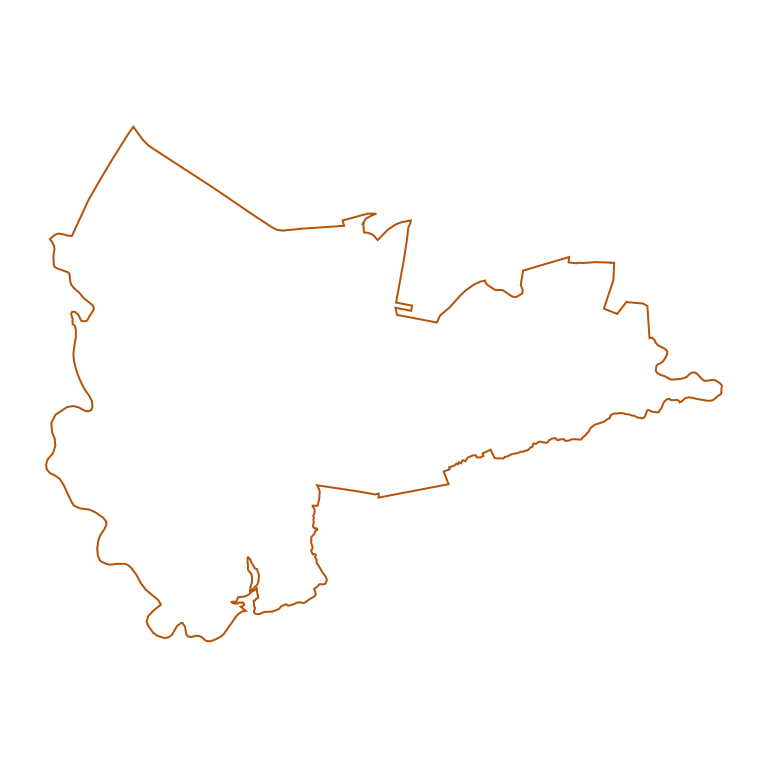 outline of Canterbury-Bankstown, New South Wales, Australia
{"feature_id": "25037944B74578967995842", "entity_name": "Canterbury-Bankstown", "entity_type": "district", "adm_level": 2, "iso_a3": "AUS", "parent_name": "Australia", "parent_adm1": "New South Wales", "projection": "orthographic", "projection_center": [151.073, -33.924], "detail": "fine", "context": "isolated", "style": "outline", "palette": "amber", "viewbox_px": 768, "rotation_deg": 0, "n_neighbors": 0, "source": "geoboundaries", "source_scale": "gbopen_adm2", "svg_char_len": 6043}
<svg xmlns="http://www.w3.org/2000/svg" viewBox="0 0 768 768"><path d="M720.8,394.2L721.3,392.8L721.4,388.8L721.9,386.6L721.8,385.2L719.8,383.1L716.0,380.6L714.0,379.8L705.4,380.9L704.1,380.6L701.9,379.0L697.6,374.4L695.5,372.7L692.9,372.4L690.2,373.5L687.0,376.6L684.4,377.9L680.5,378.9L673.3,379.5L671.1,379.5L669.4,378.8L665.0,376.3L660.6,374.9L657.1,373.0L656.3,371.8L655.7,370.2L656.4,365.9L657.4,364.7L661.7,362.5L663.4,360.9L666.7,355.4L667.2,354.1L667.2,351.4L666.5,350.3L664.1,348.4L657.8,345.2L655.7,342.7L654.3,339.8L651.9,337.6L649.5,338.1L647.4,306.1L643.1,303.5L627.3,302.2L626.6,301.7L617.2,313.9L603.9,308.7L613.4,280.1L614.2,262.8L612.2,262.7L610.5,263.1L610.4,262.6L595.2,262.1L583.9,263.0L577.3,262.8L576.7,263.3L571.0,262.7L568.6,262.4L569.1,257.0L523.1,270.6L520.7,285.2L522.7,289.6L522.3,293.5L517.1,296.6L515.2,297.1L512.1,296.5L503.1,290.4L501.0,289.9L495.8,290.1L494.1,289.3L486.7,284.4L485.5,282.3L485.1,280.6L480.5,281.6L474.2,284.4L465.4,290.6L461.1,294.7L449.2,307.8L440.6,315.0L439.7,316.3L436.9,322.5L397.0,314.9L395.5,307.8L411.2,310.8L412.2,305.6L396.1,302.6L403.5,261.8L407.1,238.8L408.2,228.4L408.9,226.1L410.3,223.5L410.8,220.4L401.6,222.2L396.6,224.0L394.3,225.3L387.8,229.7L377.6,240.1L373.8,235.7L371.8,234.3L368.0,232.8L364.0,232.4L363.4,225.2L363.6,223.6L362.7,223.7L365.5,219.2L366.5,218.2L372.3,215.2L376.5,213.7L367.4,213.7L342.6,220.5L344.1,225.8L302.1,228.7L282.9,230.6L277.5,229.9L274.7,228.8L271.1,226.7L248.8,212.0L214.2,188.4L151.3,147.5L148.1,145.2L142.8,139.8L133.3,126.8L127.3,135.4L111.4,160.8L99.6,180.6L88.6,199.8L71.9,236.0L68.1,235.7L63.7,234.4L58.5,233.6L56.7,234.0L54.7,234.9L49.9,239.1L52.2,242.1L54.2,246.5L54.5,248.7L53.4,256.4L53.8,264.6L54.3,266.3L55.3,267.4L57.1,268.4L67.7,272.2L69.1,273.2L69.6,275.3L70.3,281.5L71.0,284.0L72.2,285.9L74.1,288.2L79.3,292.7L84.0,298.4L91.3,304.1L93.3,306.2L93.9,308.8L92.7,311.2L89.1,316.8L87.8,319.5L86.5,320.9L83.9,321.4L81.2,320.6L78.3,314.9L75.1,311.9L73.2,311.7L71.8,312.2L71.2,314.1L72.7,319.3L72.5,321.1L72.7,324.2L74.7,325.6L75.3,327.3L75.9,330.3L75.8,337.8L74.9,342.3L73.4,353.6L74.0,361.1L76.2,370.1L79.1,378.0L81.8,383.9L85.1,390.1L88.8,395.1L91.9,401.0L92.5,407.0L91.1,410.2L87.6,411.4L84.7,410.7L78.9,407.5L73.2,406.0L67.2,407.0L55.5,414.7L51.4,422.9L52.0,432.1L54.7,438.5L55.3,445.9L52.9,453.4L47.7,459.3L46.1,464.5L46.7,469.2L50.0,473.2L55.6,475.9L59.7,478.9L63.4,484.6L71.8,502.4L73.9,505.6L80.1,508.4L89.5,509.6L95.5,512.4L103.3,517.9L106.1,521.3L106.4,524.8L104.2,529.4L100.1,535.6L98.3,540.6L97.2,549.1L97.9,555.7L100.2,560.9L104.7,563.3L109.5,564.7L117.0,563.9L125.0,563.8L127.8,565.0L130.8,567.4L136.2,574.4L140.8,583.1L146.0,589.9L158.3,600.1L160.9,604.8L154.2,609.9L148.0,616.4L146.5,621.7L148.7,626.6L153.4,633.0L157.3,635.7L164.6,638.2L168.6,637.2L170.3,636.2L172.2,634.4L176.8,626.4L180.9,623.1L182.6,623.0L185.0,626.8L186.2,633.7L187.0,635.4L188.7,636.7L191.2,637.0L196.5,635.7L199.3,636.0L201.9,637.3L205.8,640.7L208.2,641.2L210.7,641.2L215.5,639.4L220.0,637.1L223.5,634.4L236.6,615.8L239.0,613.5L242.0,611.6L245.8,610.8L240.7,606.8L242.6,606.1L244.1,605.0L244.2,604.3L243.2,602.6L242.6,602.4L241.8,602.9L240.0,602.4L236.9,603.6L235.5,603.7L232.8,603.1L231.6,602.1L233.0,601.6L235.9,601.8L236.4,601.5L237.0,600.3L237.9,597.3L245.2,596.4L248.8,594.5L251.8,591.8L251.4,590.7L250.0,591.1L250.0,590.7L250.5,587.2L251.9,582.6L252.1,576.8L251.3,573.8L248.3,570.4L247.9,569.3L248.0,565.4L247.5,561.9L247.7,559.6L247.5,558.4L247.7,557.6L248.1,557.2L250.2,559.3L251.8,563.2L254.7,568.0L255.5,568.7L257.2,569.2L257.5,571.4L258.6,573.6L259.0,575.3L258.6,580.7L257.6,584.0L256.8,585.3L255.1,586.6L252.2,589.7L252.4,590.6L253.1,590.9L253.8,590.6L255.1,589.9L257.1,587.6L256.8,588.9L257.1,591.9L257.3,593.5L258.0,595.0L257.8,596.3L258.2,597.5L257.7,598.2L256.1,598.8L254.9,600.6L253.9,600.5L253.6,601.1L254.1,605.9L255.1,608.2L254.0,611.0L253.9,612.2L255.0,613.6L257.7,614.3L260.2,613.8L264.4,611.9L272.5,611.6L278.9,609.0L281.4,606.2L286.1,604.2L288.2,605.7L288.9,605.7L293.3,604.4L297.1,602.6L299.7,602.3L303.0,603.0L304.7,602.7L310.6,598.5L314.4,596.5L315.0,595.8L315.8,593.9L314.2,588.9L316.9,587.0L319.1,584.5L320.4,584.2L323.6,584.4L325.4,583.7L326.7,580.5L326.8,579.5L325.7,576.5L323.2,573.5L317.9,564.6L316.5,562.7L316.7,560.1L315.0,557.0L315.9,555.7L315.5,554.4L314.6,554.1L312.9,554.5L311.1,550.9L312.4,548.7L312.5,546.9L311.2,542.9L311.4,537.0L314.2,534.1L315.7,530.4L317.3,529.8L317.0,528.5L314.8,528.3L313.3,527.2L313.1,525.4L313.8,521.7L313.4,519.8L313.8,518.0L313.3,515.8L314.4,513.2L314.7,510.9L314.7,510.0L313.8,508.0L312.6,506.2L312.6,505.7L317.6,505.8L319.3,498.5L319.7,491.9L319.1,489.1L317.0,485.3L355.1,490.9L375.4,494.5L378.6,493.5L378.8,495.4L378.5,497.6L448.6,484.2L443.7,471.5L449.7,469.3L449.1,467.5L454.8,465.3L456.5,463.5L458.0,464.3L459.1,462.3L461.0,463.3L462.6,460.4L463.2,460.2L465.2,461.3L467.6,457.7L473.2,455.3L475.9,455.4L476.8,457.3L480.2,457.5L483.5,455.9L482.4,453.6L490.6,449.7L494.5,457.9L496.5,458.3L502.9,458.5L504.5,457.6L504.7,456.9L507.2,456.5L511.5,454.3L517.5,453.1L521.4,451.6L523.1,451.7L525.5,450.6L526.8,450.6L529.1,449.2L530.1,447.7L532.5,446.7L533.1,444.0L533.6,443.4L536.0,443.9L538.7,441.9L540.1,441.5L542.2,442.3L546.7,442.8L547.8,442.1L549.0,440.3L552.5,438.4L555.5,438.2L556.1,438.6L556.5,439.7L558.1,440.3L559.9,439.4L564.2,439.2L564.7,440.6L565.9,440.9L568.9,440.6L571.4,439.4L573.8,439.2L580.7,439.6L581.4,439.3L582.7,437.4L585.3,435.5L586.7,433.5L588.5,431.8L590.5,428.1L594.5,424.9L604.2,421.6L607.1,419.3L609.2,418.5L610.1,417.2L610.7,415.1L614.0,413.5L617.6,413.5L619.1,413.0L622.5,413.2L625.3,414.0L629.8,414.6L631.6,415.4L634.4,415.9L637.2,417.4L641.6,418.3L643.6,417.8L644.8,416.7L647.3,410.4L648.1,410.1L649.5,410.3L652.0,411.7L657.8,412.4L658.8,412.1L659.7,410.2L661.2,408.6L663.8,402.4L664.4,401.5L667.1,399.2L669.3,398.9L671.5,400.3L676.8,399.9L678.6,400.5L679.8,402.4L681.9,401.3L685.1,398.3L688.3,397.4L692.8,397.8L695.6,398.7L707.2,400.7L709.9,400.7L711.7,400.5L713.7,399.7L718.7,395.4L720.8,394.2Z" fill="none" stroke="#b45309" stroke-width="2"/></svg>